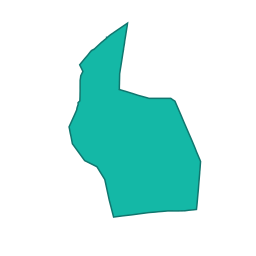 outline of Lierne nor, Nord-Trøndelag, Norway, rotated 341°
{"feature_id": "86288312B74220528840082", "entity_name": "Lierne nor", "entity_type": "district", "adm_level": 2, "iso_a3": "NOR", "parent_name": "Norway", "parent_adm1": "Nord-Trøndelag", "projection": "mercator", "projection_center": [13.62, 64.418], "detail": "fine", "context": "isolated", "style": "filled", "palette": "teal", "viewbox_px": 256, "rotation_deg": 341, "n_neighbors": 0, "source": "geoboundaries", "source_scale": "gbopen_adm2", "svg_char_len": 1849}
<svg xmlns="http://www.w3.org/2000/svg" viewBox="0 0 256 256"><g transform="rotate(341 128 128)"><path d="M85.4,207.5L94.6,209.4L103.1,211.3L110.6,212.8L120.0,214.7L126.6,216.4L129.3,217.0L133.1,218.0L138.8,219.4L148.3,222.7L149.0,222.9L154.9,224.8L159.0,225.6L163.0,226.6L166.2,227.3L168.0,223.5L170.3,218.4L171.8,215.0L174.7,208.6L176.5,204.4L179.1,198.5L180.9,194.4L181.7,192.4L182.3,191.2L185.7,183.3L185.6,181.3L185.5,179.9L185.0,172.9L184.9,169.7L184.8,167.8L184.4,161.5L183.8,154.0L182.7,139.9L182.3,133.6L181.6,124.5L181.1,117.9L179.4,115.7L178.1,113.9L174.9,112.8L163.3,108.8L157.5,106.8L155.4,105.3L148.2,100.4L142.9,96.4L142.6,96.2L137.3,92.3L136.4,91.7L132.3,88.8L132.4,88.7L132.5,88.5L132.8,87.5L133.3,86.0L134.3,83.4L134.8,82.0L135.2,80.9L135.4,80.4L137.5,74.7L137.7,74.1L137.8,73.9L143.3,63.6L147.2,56.2L149.1,52.7L149.5,52.0L149.6,51.6L150.9,49.2L152.5,46.3L152.5,46.2L153.0,45.1L155.6,40.3L159.1,33.7L159.6,32.8L160.2,31.7L161.7,28.7L149.2,32.1L143.1,33.8L141.4,34.3L140.0,34.8L139.0,35.2L138.0,35.6L137.9,35.7L137.7,35.5L137.5,35.4L137.5,35.5L137.4,35.5L137.2,35.7L137.2,35.8L136.9,35.9L136.8,36.0L136.7,36.0L136.5,36.3L136.3,36.4L135.5,36.7L134.8,36.9L133.8,37.3L133.5,37.4L133.3,37.5L132.8,37.7L131.7,38.1L131.0,38.3L121.6,42.5L121.6,42.4L121.4,42.4L121.2,42.5L120.9,42.5L119.7,42.7L118.9,42.8L118.7,42.9L118.7,43.0L118.4,43.0L117.7,43.5L116.9,43.9L115.4,44.9L113.2,46.3L110.6,47.8L110.4,47.9L105.5,50.9L102.9,52.5L103.2,55.0L103.8,59.8L101.5,62.1L100.3,63.3L100.0,63.9L99.7,64.6L98.3,67.3L95.5,75.3L95.0,76.8L93.2,81.7L93.0,82.3L91.3,86.7L89.0,87.8L88.6,89.4L88.0,90.2L86.4,92.3L85.3,94.3L81.9,98.0L72.6,107.8L72.3,110.5L72.2,110.7L72.2,111.0L72.1,111.5L72.1,111.8L72.0,112.2L71.8,113.5L71.3,117.8L70.3,124.8L76.4,144.7L86.0,154.5L89.3,169.1L86.8,190.0L85.4,207.5Z" fill="#14b8a6" stroke="#0f766e" stroke-width="1.5"/></g></svg>